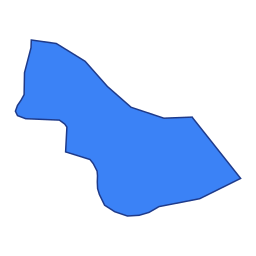 SVG path tracing the border of Alger
{"feature_id": "DZA-2195", "entity_name": "Alger", "entity_type": "Province", "adm_level": 1, "iso_a3": "DZA", "parent_name": "Algeria", "parent_adm1": "", "projection": "albers", "projection_center": [3.057, 36.732], "detail": "fine", "context": "isolated", "style": "filled", "palette": "blue", "viewbox_px": 256, "rotation_deg": 0, "n_neighbors": 0, "source": "natural_earth", "source_scale": "10m", "svg_char_len": 533}
<svg xmlns="http://www.w3.org/2000/svg" viewBox="0 0 256 256"><path d="M31.3,40.0L56.3,43.5L85.1,61.3L107.4,86.5L131.1,107.3L163.9,118.2L192.2,117.1L192.9,118.2L240.6,178.4L199.7,198.7L159.0,206.6L149.0,212.4L139.1,215.3L127.4,216.0L114.7,211.7L104.6,205.2L99.4,194.5L97.6,188.6L97.3,181.9L97.5,175.8L97.1,171.1L93.3,163.7L90.0,159.5L65.6,151.9L66.9,127.1L64.7,124.0L59.4,120.1L25.7,118.7L17.5,115.6L15.4,111.2L17.5,105.4L21.1,100.1L24.1,94.6L24.5,72.7L31.0,47.8L31.3,40.0Z" fill="#3b82f6" stroke="#1e3a8a" stroke-width="1.5"/></svg>